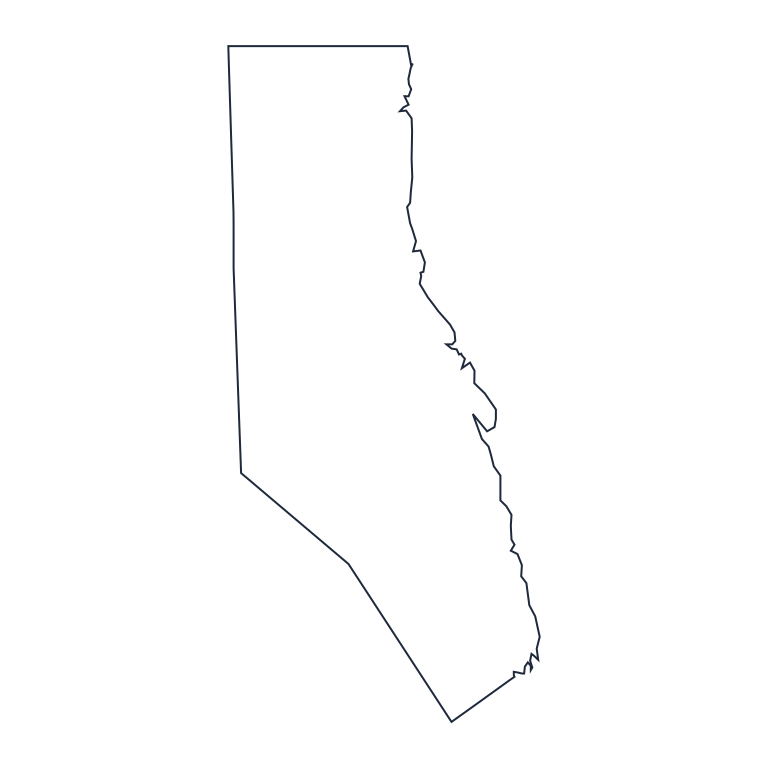 the district of Port Sudan, Red Sea, Sudan
{"feature_id": "16777658B42019308608710", "entity_name": "Port Sudan", "entity_type": "district", "adm_level": 2, "iso_a3": "SDN", "parent_name": "Sudan", "parent_adm1": "Red Sea", "projection": "robinson", "projection_center": [37.267, 19.497], "detail": "fine", "context": "isolated", "style": "outline", "palette": "slate", "viewbox_px": 768, "rotation_deg": 0, "n_neighbors": 0, "source": "geoboundaries", "source_scale": "gbopen_adm2", "svg_char_len": 1387}
<svg xmlns="http://www.w3.org/2000/svg" viewBox="0 0 768 768"><path d="M451.5,721.9L473.2,706.4L510.0,679.9L514.5,676.8L513.8,675.2L513.8,671.8L518.2,672.6L521.9,673.5L524.1,673.5L524.9,666.6L527.8,662.4L530.8,665.8L530.8,670.1L532.3,667.5L530.1,660.7L531.5,653.9L533.8,655.6L538.2,659.8L536.7,648.7L539.7,636.8L535.2,616.3L529.3,605.2L526.4,583.1L521.2,576.3L521.9,565.2L517.5,554.1L510.8,550.7L514.5,544.7L511.5,539.6L510.8,525.9L511.5,514.9L506.4,506.3L500.4,500.4L500.4,491.8L500.4,475.6L493.8,466.3L490.8,454.3L488.6,446.6L481.9,439.0L478.5,429.6L472.8,414.0L487.1,431.3L494.5,427.1L495.9,418.9L495.9,409.5L484.8,393.4L474.3,383.2L474.5,370.7L470.0,362.6L461.9,368.2L464.9,358.8L461.9,355.4L461.2,353.7L459.0,354.5L456.7,349.4L451.6,348.6L446.4,344.3L452.3,344.3L455.3,340.9L454.5,332.4L450.1,324.7L443.4,317.0L438.2,311.1L433.8,305.1L427.9,297.4L419.7,283.8L421.2,276.1L420.5,272.7L423.4,271.8L424.9,262.4L420.5,250.5L413.1,251.4L416.0,241.1L412.3,229.2L410.1,223.2L407.1,207.0L410.1,202.8L410.8,192.5L412.3,177.2L411.6,159.3L412.1,131.2L411.6,118.3L406.1,110.6L400.0,111.2L403.5,107.3L408.6,104.7L404.5,96.2L408.6,96.3L411.2,89.2L409.0,84.4L408.4,78.9L409.3,74.9L410.7,68.1L412.7,63.6L411.1,65.1L407.6,46.1L228.3,46.1L229.2,75.9L233.5,212.3L233.6,226.4L233.6,268.4L241.1,473.1L348.5,564.0L442.1,707.5L447.7,716.1L451.5,721.9Z" fill="none" stroke="#1e293b" stroke-width="2"/></svg>